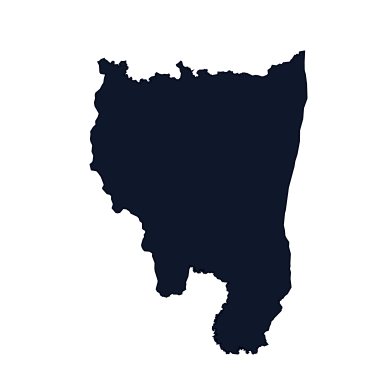 outline of Pa Daet, Chiang Rai, Thailand, rotated 188°
{"feature_id": "78962969B68909645293993", "entity_name": "Pa Daet", "entity_type": "district", "adm_level": 2, "iso_a3": "THA", "parent_name": "Thailand", "parent_adm1": "Chiang Rai", "projection": "orthographic", "projection_center": [99.975, 19.516], "detail": "fine", "context": "isolated", "style": "filled", "palette": "ink", "viewbox_px": 384, "rotation_deg": 188, "n_neighbors": 0, "source": "geoboundaries", "source_scale": "gbopen_adm2", "svg_char_len": 5947}
<svg xmlns="http://www.w3.org/2000/svg" viewBox="0 0 384 384"><g transform="rotate(188 192 192)"><path d="M294.6,200.1L289.4,200.0L287.5,198.5L283.8,194.6L279.8,187.2L279.8,186.0L280.8,183.8L280.7,182.9L275.9,178.8L272.6,178.4L270.8,177.0L270.4,173.6L267.9,169.1L268.6,165.0L264.4,161.3L263.0,161.2L260.8,161.9L258.0,166.4L254.6,166.4L251.1,164.8L249.2,162.6L242.5,160.6L240.4,158.8L239.3,156.3L236.6,154.8L235.7,149.2L235.0,148.5L232.7,147.7L232.0,146.2L232.1,144.6L233.1,143.2L232.5,140.4L233.5,138.7L234.3,132.9L233.9,131.1L232.3,128.7L230.8,127.4L225.6,127.7L222.1,126.0L222.0,123.1L218.5,116.8L217.9,111.1L217.1,108.4L213.0,99.7L212.8,98.3L213.7,90.9L212.3,88.9L209.7,87.9L208.6,85.8L206.5,84.8L206.1,85.1L202.6,84.6L201.2,85.7L200.4,85.8L200.0,87.0L197.4,89.4L196.1,88.6L192.2,89.1L190.6,88.6L188.1,89.8L188.2,92.1L185.0,94.8L185.6,97.0L185.5,100.0L186.1,101.5L184.5,108.1L184.6,115.1L183.6,118.9L182.5,117.9L181.7,118.3L179.9,118.2L179.8,117.4L178.7,116.7L179.8,115.9L178.9,115.2L179.5,114.4L178.4,113.2L177.2,113.7L178.3,114.7L177.8,115.1L174.7,112.9L172.8,113.4L173.1,114.7L173.9,115.0L173.1,116.4L171.2,114.9L170.7,116.2L170.1,116.6L169.2,115.6L169.9,115.0L169.9,114.4L168.8,113.3L167.8,113.9L167.0,113.4L165.0,115.1L163.2,114.8L162.0,115.2L161.4,115.9L160.5,115.2L159.3,115.8L158.6,114.6L158.9,113.6L157.8,112.2L155.8,111.6L154.6,110.1L151.2,109.7L149.5,107.8L144.6,107.9L143.0,107.4L142.8,106.8L144.1,106.1L145.0,103.9L143.6,101.4L143.4,99.4L141.6,99.0L141.1,98.4L141.1,96.5L142.1,94.2L141.1,92.4L142.3,89.8L142.2,88.3L141.4,86.9L141.6,85.7L142.2,85.5L143.1,86.2L143.7,86.2L145.5,84.8L146.1,82.2L144.7,81.5L144.7,79.0L146.6,78.4L146.8,77.6L146.3,76.7L147.2,76.6L147.8,75.6L147.8,73.8L148.7,74.3L149.2,73.2L150.2,74.0L150.9,73.6L150.9,73.1L149.4,71.3L151.0,71.3L151.1,70.8L149.8,69.8L149.7,69.3L151.4,68.8L151.8,66.7L151.3,66.5L150.1,67.5L149.7,67.1L150.4,65.0L151.9,64.1L151.5,62.8L152.7,61.5L152.5,59.1L151.6,57.9L151.1,58.1L151.4,59.7L149.6,60.0L149.1,59.7L149.2,57.8L150.2,55.1L148.8,54.4L147.6,54.8L147.1,53.9L148.2,53.7L150.5,51.8L149.4,51.6L149.6,50.3L148.8,48.9L148.1,48.7L147.5,49.4L146.8,49.4L146.8,48.3L148.2,48.4L148.4,48.0L145.9,46.3L146.0,45.2L142.5,46.1L142.3,45.6L142.8,44.3L140.9,40.7L138.4,40.6L138.4,39.4L137.3,39.3L135.8,38.5L135.3,37.0L133.1,37.4L133.0,38.0L134.0,38.6L132.1,39.4L131.1,39.3L129.4,38.1L124.1,38.2L123.5,38.7L123.5,39.5L125.2,41.0L124.3,41.4L124.3,42.4L123.6,42.3L123.5,43.2L122.8,43.6L124.0,44.0L123.4,45.2L121.2,43.1L120.4,44.0L121.1,44.7L120.2,45.1L118.5,44.1L118.3,42.9L116.2,43.3L115.7,42.6L116.1,41.6L115.8,40.4L114.7,39.9L113.7,40.9L114.8,42.0L114.5,42.6L111.7,43.8L109.9,41.5L110.0,41.0L109.0,40.3L107.1,41.7L106.6,41.3L105.7,41.8L105.4,43.3L106.0,46.1L105.5,46.2L105.6,46.8L104.9,47.3L104.5,48.4L102.8,48.8L102.0,50.1L100.2,50.3L99.0,49.9L96.0,51.6L97.2,52.9L98.7,53.5L98.1,54.8L99.4,56.9L100.2,59.9L102.1,61.4L100.0,64.6L97.4,65.8L97.0,69.6L96.1,72.5L96.0,75.1L94.1,77.3L93.6,78.7L87.4,87.1L87.7,88.8L87.1,89.4L87.1,90.4L90.4,93.9L90.4,94.9L90.8,95.1L90.4,96.0L90.6,96.8L89.2,97.4L88.5,99.1L87.4,99.5L86.0,102.3L83.6,104.7L80.9,111.5L83.1,119.8L83.5,126.0L85.1,129.8L84.8,132.1L85.4,134.9L86.2,144.3L89.0,151.0L89.4,155.6L92.7,159.3L94.2,161.6L95.4,167.0L97.2,171.8L97.7,184.2L97.3,186.9L97.4,210.0L94.8,231.4L94.7,236.8L93.5,244.0L92.9,257.1L94.3,268.1L92.8,279.8L93.5,290.8L91.4,300.7L93.9,315.2L96.5,324.6L97.6,326.8L98.2,329.0L99.3,336.2L100.3,347.0L104.8,345.5L104.9,342.6L105.3,342.4L107.2,342.7L107.5,342.4L107.3,341.5L109.2,341.4L110.9,337.6L112.1,336.2L112.7,334.4L113.3,334.0L119.4,332.5L120.7,330.1L122.9,330.6L125.9,328.4L130.0,328.4L130.8,325.5L133.4,323.1L132.5,319.6L133.7,317.8L137.4,315.7L139.4,315.5L142.2,316.1L145.2,316.1L148.3,315.0L153.9,316.8L157.0,316.9L158.4,316.7L158.7,315.8L159.8,315.9L160.8,315.1L160.9,314.3L161.3,314.9L163.4,315.0L164.0,314.2L164.4,314.4L164.1,315.2L165.7,314.5L167.4,314.4L168.6,315.5L168.9,316.4L169.4,316.1L171.8,317.0L172.8,316.4L173.2,315.4L175.3,314.7L176.8,314.8L177.2,314.3L177.9,315.1L178.9,314.8L179.1,314.4L182.7,314.2L182.6,312.2L183.0,311.6L188.6,309.7L189.6,310.5L190.6,310.0L192.0,311.6L193.6,312.0L194.5,313.4L194.0,314.5L194.4,315.1L195.3,314.4L196.4,315.0L197.4,314.2L201.7,313.4L202.9,312.3L203.5,310.6L201.3,309.2L201.1,308.2L202.2,306.1L203.4,306.5L204.6,305.6L206.1,306.1L205.9,307.0L206.4,307.5L208.4,307.4L208.3,309.1L209.5,310.7L208.7,311.9L209.7,311.4L210.5,311.8L211.0,313.3L212.5,313.1L212.2,313.8L213.1,313.5L213.3,314.5L213.7,314.8L216.3,314.1L218.2,315.0L219.1,316.0L220.6,319.5L221.3,319.7L223.3,317.1L224.9,315.9L224.5,314.9L221.0,313.2L220.2,310.3L218.7,308.1L218.9,303.5L220.7,301.0L223.3,300.9L225.4,302.5L227.1,302.2L228.4,301.4L230.4,301.9L231.3,302.6L230.6,304.4L231.4,305.3L232.4,304.6L235.8,304.4L238.1,303.6L240.8,303.9L243.6,305.0L244.5,303.7L244.1,301.4L248.0,300.0L249.8,298.2L249.8,297.2L248.0,297.0L248.3,295.7L251.1,294.0L253.2,296.4L254.1,296.4L256.3,295.1L256.8,295.5L256.5,296.6L257.2,296.7L258.3,296.0L258.7,294.8L258.5,293.2L259.6,292.4L261.3,292.8L263.3,294.5L265.6,293.7L266.7,293.8L267.7,294.8L267.6,296.2L268.3,296.9L269.6,295.3L270.9,294.9L272.5,298.7L273.1,299.0L274.6,298.4L275.4,298.6L275.4,299.7L274.1,301.3L274.7,302.3L274.8,303.6L273.4,304.6L272.8,305.9L273.0,306.7L275.1,307.6L274.4,308.8L275.6,310.0L276.0,312.2L277.3,311.5L280.0,311.3L281.6,308.6L280.2,307.5L282.3,305.9L283.3,307.6L286.3,306.9L287.1,307.1L287.4,307.8L287.3,309.4L287.7,310.2L289.0,310.0L290.2,307.8L291.1,307.6L294.7,310.0L296.8,310.9L297.5,311.8L300.2,310.4L301.8,308.3L303.1,307.7L301.0,304.7L299.7,298.0L298.7,296.9L294.1,296.9L293.7,296.1L294.3,292.6L294.3,287.6L295.3,285.7L297.0,280.9L300.9,276.5L301.1,274.6L300.3,271.4L300.8,267.1L299.8,263.7L294.5,256.9L295.2,252.9L297.0,248.7L296.2,245.0L298.4,242.5L300.5,237.7L299.8,235.2L299.7,230.5L298.9,228.0L296.6,224.6L296.4,218.1L294.1,214.4L294.0,208.9L294.6,207.2L296.5,205.1L294.6,200.1Z" fill="#0f172a" stroke="#020617" stroke-width="1.5"/></g></svg>